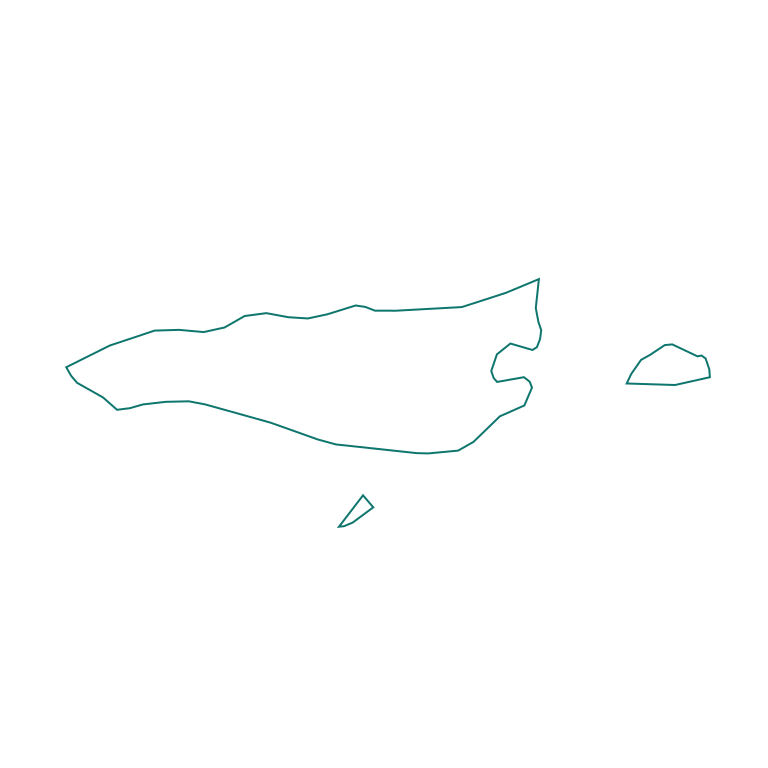 East Timor, Natural Earth projection, rotated 199°
{"feature_id": "TLS", "entity_name": "East Timor", "entity_type": "country or territory", "adm_level": 0, "iso_a3": "TLS", "parent_name": "Asia", "parent_adm1": "", "projection": "natural_earth1", "projection_center": [125.525, -8.826], "detail": "fine", "context": "isolated", "style": "outline", "palette": "teal", "viewbox_px": 768, "rotation_deg": 199, "n_neighbors": 0, "source": "natural_earth", "source_scale": "50m", "svg_char_len": 1002}
<svg xmlns="http://www.w3.org/2000/svg" viewBox="0 0 768 768"><g transform="rotate(199 384 384)"><path d="M271.7,533.6L265.2,505.2L258.3,493.1L252.9,486.1L251.1,477.5L251.4,468.6L254.7,464.5L277.7,463.4L286.9,448.8L286.8,431.2L282.2,425.3L277.7,422.8L253.9,436.0L247.0,433.6L242.9,428.8L244.3,409.4L263.9,391.2L280.6,358.3L292.3,345.1L319.5,332.8L330.5,329.3L409.8,311.2L428.7,310.0L479.0,310.5L546.2,306.5L562.9,304.1L584.5,296.1L605.3,286.2L616.4,278.4L628.0,272.7L645.3,279.8L674.6,285.2L682.5,289.9L689.9,296.4L655.8,331.1L618.3,359.8L595.3,368.5L571.4,374.4L553.2,385.5L537.9,402.9L518.3,412.7L496.2,416.0L477.3,421.2L460.2,431.5L436.4,449.0L426.8,450.8L416.5,450.4L396.8,457.1L335.4,482.1L298.3,510.0L271.7,533.6ZM78.1,496.5L108.5,477.8L154.7,463.5L153.5,474.0L148.8,490.5L141.8,498.3L131.2,512.2L124.3,515.3L96.6,512.2L93.0,514.3L88.2,512.8L81.2,503.8L78.1,496.5ZM380.1,234.4L367.6,271.9L354.0,263.9L368.5,242.8L375.4,236.6L380.1,234.4Z" fill="none" stroke="#0f766e" stroke-width="2"/></g></svg>